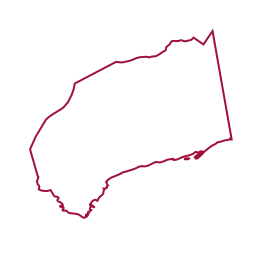 the border of Red Sea, rotated 80°
{"feature_id": "SDN-149", "entity_name": "Red Sea", "entity_type": "State", "adm_level": 1, "iso_a3": "SDN", "parent_name": "Sudan", "parent_adm1": "", "projection": "equal_earth", "projection_center": [36.534, 19.492], "detail": "fine", "context": "isolated", "style": "outline", "palette": "rose", "viewbox_px": 256, "rotation_deg": 80, "n_neighbors": 0, "source": "natural_earth", "source_scale": "10m", "svg_char_len": 4677}
<svg xmlns="http://www.w3.org/2000/svg" viewBox="0 0 256 256"><g transform="rotate(80 128 128)"><path d="M208.8,187.2L204.5,191.8L203.7,193.4L201.9,199.5L201.1,201.3L200.5,201.9L199.0,202.8L198.5,203.4L198.4,204.2L198.4,205.1L198.3,205.9L197.8,206.5L197.1,206.7L196.6,206.2L196.1,205.6L195.6,205.2L194.6,205.7L194.4,205.7L194.3,206.1L194.3,206.3L194.4,206.6L194.4,207.0L194.1,207.8L193.6,208.4L193.1,208.4L193.0,207.5L193.0,206.7L193.0,206.0L192.7,205.6L192.0,205.6L191.3,205.9L191.3,206.0L189.2,207.7L188.3,209.3L187.7,209.9L187.0,210.1L186.3,209.8L185.4,208.7L184.8,208.5L183.8,209.2L182.5,212.2L181.2,213.0L180.0,213.3L176.1,214.9L175.7,215.1L175.7,215.6L176.0,217.4L176.0,218.1L175.9,219.8L175.7,220.7L175.1,222.2L174.9,223.1L174.7,223.9L173.0,226.5L170.2,225.5L169.3,225.6L167.9,226.7L167.0,226.8L166.5,226.7L164.9,227.0L164.6,227.0L163.5,226.0L163.1,225.9L162.4,225.7L161.8,225.4L161.4,225.0L160.9,224.8L160.3,224.9L160.1,225.2L132.7,228.1L132.1,228.1L131.3,227.7L120.6,220.5L105.9,207.7L104.8,206.3L104.2,205.5L101.3,199.6L97.5,189.8L96.9,188.8L95.9,187.2L92.3,182.8L85.4,177.6L79.8,174.5L75.4,172.9L75.0,172.6L74.7,172.0L60.9,128.6L60.8,128.1L60.9,127.7L61.9,124.7L62.3,122.9L62.4,121.9L62.4,120.0L62.0,113.5L60.6,107.4L60.4,105.2L60.5,102.1L61.0,98.0L61.7,95.7L62.2,94.6L62.2,94.3L61.9,93.7L61.8,93.2L61.9,90.8L62.1,89.1L62.1,88.7L62.1,88.4L61.9,87.5L61.5,86.2L61.0,84.7L60.7,84.1L60.1,82.6L60.0,82.3L59.8,82.0L59.6,81.7L58.9,80.2L58.3,78.0L58.2,77.8L58.0,77.5L57.9,77.4L57.6,77.2L56.3,76.9L55.9,76.8L55.6,76.6L55.4,76.4L54.9,75.9L54.6,75.6L52.9,72.5L52.5,72.1L50.9,70.8L50.7,70.6L50.6,70.4L50.2,69.6L50.1,69.4L50.1,69.2L50.1,68.9L50.1,68.1L50.2,67.6L50.7,65.6L50.9,64.7L51.0,63.4L50.8,60.6L50.8,60.3L50.9,59.9L51.9,58.4L52.1,58.1L52.2,57.6L52.3,57.3L52.6,55.8L52.6,55.3L52.6,54.8L52.5,54.2L52.3,53.3L52.3,53.1L52.3,51.3L52.2,50.9L52.0,50.1L51.9,49.8L51.7,49.5L51.3,49.1L50.8,48.4L50.4,47.7L58.8,39.2L47.2,27.9L47.8,27.9L54.0,27.9L60.9,27.9L67.8,27.9L74.3,27.9L74.5,27.9L81.6,27.9L88.4,27.9L95.3,27.9L102.2,27.9L109.1,27.9L115.9,27.9L122.8,27.9L129.7,27.9L136.6,27.9L143.5,27.9L150.3,27.9L157.3,27.9L157.2,28.5L156.5,28.8L156.0,29.0L156.7,29.7L157.0,30.2L157.0,35.0L157.7,40.5L157.4,41.6L157.8,41.9L157.9,42.4L157.9,42.9L158.1,43.3L158.4,43.8L158.7,44.1L160.2,48.9L164.1,56.4L166.6,59.4L169.8,64.5L170.0,65.1L170.0,65.9L169.8,66.6L169.4,66.9L168.8,66.6L168.2,67.2L167.7,66.6L166.9,64.8L166.7,64.5L166.4,64.0L166.3,63.6L166.6,63.4L166.9,63.5L167.2,63.8L167.3,64.2L167.5,64.6L168.1,65.2L168.5,65.5L168.8,65.3L168.7,64.9L168.0,63.9L167.5,62.3L167.2,61.8L166.8,62.0L165.9,61.2L165.7,61.6L165.3,61.2L165.1,60.6L165.2,60.1L165.4,59.7L165.5,59.2L165.1,58.7L164.3,58.5L163.8,59.2L163.6,60.2L163.7,61.2L163.9,61.4L164.2,61.5L164.3,61.7L164.2,62.2L164.1,62.5L164.2,63.5L164.2,64.0L164.1,64.5L163.8,64.8L163.5,64.9L163.3,65.2L163.3,65.8L163.5,66.2L164.3,67.4L165.1,69.8L165.5,72.3L165.8,77.5L166.2,80.0L167.5,84.8L167.6,87.3L167.5,88.0L167.4,88.6L167.1,89.0L166.2,88.8L166.1,89.3L166.2,90.5L166.0,93.4L166.2,95.0L166.2,95.6L166.9,97.9L167.1,99.3L167.3,100.6L167.5,102.5L167.0,104.0L167.0,104.3L166.9,104.7L166.6,105.3L166.4,105.7L166.4,106.8L166.6,108.1L168.5,114.5L168.7,115.8L168.7,118.4L168.6,119.1L168.5,119.6L168.0,120.5L167.9,121.1L168.1,123.5L168.1,124.2L168.1,124.6L168.2,125.0L168.7,126.0L169.3,128.3L170.5,136.8L170.8,140.9L170.9,141.4L171.1,141.7L171.4,141.9L171.6,142.2L171.6,142.4L171.4,143.0L172.1,144.5L172.5,146.5L173.1,149.1L173.5,150.8L173.8,152.8L174.2,153.6L174.8,155.1L175.5,156.6L176.5,157.8L176.7,158.3L176.9,158.7L177.3,158.9L177.6,158.8L178.0,158.5L180.0,158.3L181.0,157.7L181.1,158.4L181.8,158.9L182.3,159.0L182.9,159.0L183.1,159.4L183.2,160.1L183.7,160.6L183.5,162.2L183.9,161.9L184.3,161.7L184.6,162.1L185.1,162.7L188.5,163.9L189.7,165.5L190.6,167.3L191.9,168.9L192.7,169.6L194.0,170.3L194.4,170.8L194.0,171.5L193.2,172.1L193.0,173.5L193.8,175.7L195.3,177.4L196.9,177.9L198.1,177.6L198.2,176.2L198.8,175.9L199.9,175.1L200.1,175.5L199.8,175.9L199.4,176.2L199.1,176.5L199.1,176.8L199.1,177.2L199.0,177.7L198.7,178.2L198.2,178.3L197.8,178.3L197.5,178.3L197.2,178.7L197.6,178.7L198.7,178.4L199.1,178.5L199.3,178.7L199.6,179.0L199.9,179.2L200.3,179.4L201.1,179.5L201.5,179.7L202.0,179.8L202.3,179.6L202.4,179.3L202.0,179.0L202.4,178.4L203.0,179.2L204.0,181.2L203.7,181.7L204.2,182.1L205.0,182.2L205.5,181.8L205.8,182.4L205.9,184.0L206.1,184.5L206.7,184.6L207.0,184.0L206.9,183.1L206.5,182.3L207.0,182.7L208.2,184.3L208.4,185.0L208.4,185.6L208.5,186.0L208.8,186.9L208.8,187.2ZM168.6,73.2L168.9,73.5L169.0,73.6L169.2,74.1L168.8,76.7L168.6,77.4L168.3,77.4L168.0,76.5L168.0,75.2L168.2,74.0L168.6,73.2Z" fill="none" stroke="#9f1239" stroke-width="2"/></g></svg>